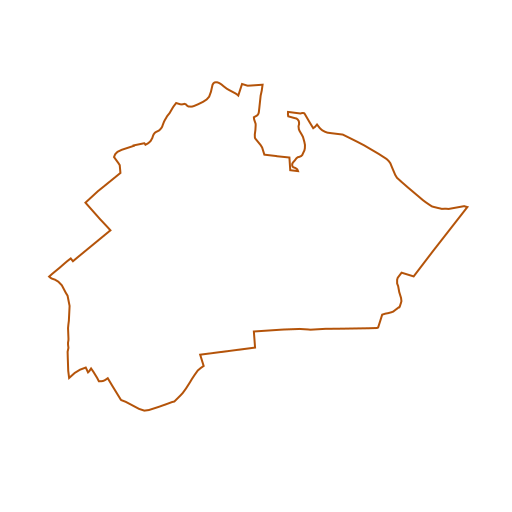 Buduslau, Bihor, Romania, rotated 189°
{"feature_id": "2599482B69448012965496", "entity_name": "Buduslau", "entity_type": "district", "adm_level": 2, "iso_a3": "ROU", "parent_name": "Romania", "parent_adm1": "Bihor", "projection": "mercator", "projection_center": [22.247, 47.394], "detail": "fine", "context": "isolated", "style": "outline", "palette": "amber", "viewbox_px": 512, "rotation_deg": 189, "n_neighbors": 0, "source": "geoboundaries", "source_scale": "gbopen_adm2", "svg_char_len": 3679}
<svg xmlns="http://www.w3.org/2000/svg" viewBox="0 0 512 512"><g transform="rotate(189 256 256)"><path d="M410.4,335.4L411.0,334.5L411.3,333.3L411.7,331.5L409.1,328.9L406.5,326.3L404.8,324.4L403.9,320.8L403.3,318.5L402.9,316.8L418.8,299.1L422.1,295.5L432.8,282.0L415.7,267.9L413.2,266.0L408.7,262.5L406.4,260.7L403.8,258.6L431.1,227.8L436.0,222.2L438.6,224.6L441.8,221.2L444.1,218.5L448.1,213.7L454.4,206.6L457.1,203.3L455.5,202.3L453.9,201.7L450.9,201.2L447.2,199.7L443.2,196.7L438.2,190.0L435.9,187.3L432.3,177.5L430.7,162.7L430.6,159.2L430.4,155.8L430.3,155.0L428.3,145.0L428.1,143.5L428.1,140.9L427.9,139.8L427.8,139.1L426.9,135.9L427.1,132.0L426.0,126.1L423.5,113.2L421.5,106.3L416.7,112.2L412.0,116.2L406.7,119.2L403.7,114.8L402.7,116.1L401.3,119.1L398.5,116.2L393.8,110.7L391.6,107.7L388.8,108.2L387.2,108.8L385.6,109.9L383.3,112.1L377.8,105.5L367.2,93.1L366.6,92.6L361.9,91.6L347.6,86.7L342.1,85.8L337.7,87.1L328.8,91.6L319.8,96.5L316.1,98.6L313.9,99.5L313.6,99.9L308.9,106.3L307.0,109.1L304.4,114.2L301.4,121.1L300.1,124.4L298.0,129.0L295.6,133.8L293.0,136.8L290.5,139.2L295.7,149.8L242.6,165.4L246.3,181.1L219.5,187.2L216.7,187.8L201.3,190.8L193.0,191.6L190.8,191.7L181.7,193.7L176.2,194.9L159.5,197.7L133.2,202.3L125.3,203.8L124.2,204.5L123.2,210.9L122.2,217.8L119.2,219.3L117.2,220.0L116.6,220.2L113.5,221.6L111.7,222.6L111.1,223.3L106.9,227.7L106.4,227.7L106.1,228.6L105.9,229.8L105.5,232.3L105.3,234.2L106.2,237.3L108.9,242.8L110.9,248.5L112.3,250.9L112.9,254.6L112.6,256.7L109.6,262.3L97.1,260.5L82.1,288.3L54.9,337.4L55.8,337.5L56.8,337.6L58.2,337.8L73.1,332.6L76.0,332.4L78.5,331.9L79.9,331.6L81.9,331.8L83.8,331.9L88.4,332.3L90.0,332.5L92.9,333.8L96.9,335.7L100.1,337.4L110.3,343.6L117.1,347.7L123.8,351.9L129.0,355.3L131.2,357.9L136.0,365.6L137.8,368.6L139.6,370.4L141.8,372.0L143.2,372.7L146.4,374.1L150.7,376.0L158.6,379.1L166.5,382.2L167.1,382.4L174.0,384.7L181.6,387.1L189.3,389.5L200.5,389.1L204.8,389.0L207.3,389.5L210.2,390.5L211.7,391.4L213.1,392.4L216.3,395.4L217.9,392.8L219.5,391.2L224.5,397.1L229.8,403.6L230.6,404.5L231.8,404.6L232.9,404.4L234.4,403.7L240.6,403.5L244.6,403.4L246.9,403.3L246.6,400.8L246.0,399.0L239.9,398.3L237.5,398.1L236.1,397.3L234.9,396.0L234.4,394.7L234.1,393.0L234.3,390.8L233.5,387.9L232.5,386.3L229.7,382.9L228.2,380.9L226.1,376.3L225.0,373.3L224.6,370.1L224.7,367.9L225.6,364.9L226.1,363.0L227.0,361.8L228.7,360.7L230.2,360.1L231.4,358.8L232.6,356.5L233.9,354.5L234.6,353.0L234.5,351.4L233.9,350.1L233.1,349.5L232.5,349.4L231.0,349.1L229.4,348.4L228.8,348.0L228.3,347.3L227.8,346.4L235.6,346.1L238.4,358.5L251.1,357.8L251.4,357.9L263.6,357.4L266.9,364.1L268.8,366.3L275.2,372.0L275.7,373.1L276.2,375.9L276.3,380.2L276.8,385.3L277.1,386.6L279.0,390.2L279.4,391.1L279.8,392.7L277.1,394.8L276.2,396.0L275.8,397.3L275.7,398.5L275.9,403.1L276.5,415.1L276.2,420.2L276.3,426.2L288.9,423.3L291.1,422.9L296.7,423.7L298.6,411.7L300.0,412.6L301.8,413.4L308.5,415.7L311.1,416.7L314.6,418.6L316.9,420.0L319.2,421.0L321.3,421.5L322.9,421.3L324.1,420.9L325.0,420.0L325.7,418.4L326.2,411.1L327.2,406.0L329.2,402.9L332.4,400.0L337.1,396.7L340.8,394.4L342.7,393.5L344.3,393.3L346.1,393.1L347.4,393.6L349.0,394.8L350.4,395.1L351.6,394.6L353.0,394.1L354.6,394.0L358.1,394.5L358.8,394.6L360.8,390.9L361.5,389.3L363.7,383.6L365.5,380.5L365.9,379.6L366.2,378.7L367.3,376.0L367.9,374.1L368.6,370.8L368.9,369.1L369.3,368.0L370.4,366.1L371.5,364.7L372.5,364.0L374.1,362.9L375.1,362.0L376.1,360.2L376.5,358.7L376.9,356.2L377.6,354.4L377.9,353.4L379.1,351.7L380.5,350.2L382.6,348.6L383.3,349.4L384.0,349.9L391.7,347.0L394.1,346.1L393.9,345.7L405.2,339.9L408.1,337.9L409.1,337.2L410.4,335.4Z" fill="none" stroke="#b45309" stroke-width="2"/></g></svg>